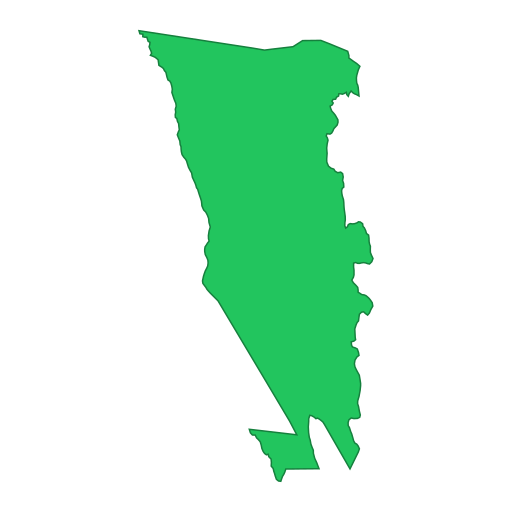 Barra do Mendes, Bahia, Brazil (Equal Earth projection)
{"feature_id": "56859067B29709339378771", "entity_name": "Barra do Mendes", "entity_type": "district", "adm_level": 2, "iso_a3": "BRA", "parent_name": "Brazil", "parent_adm1": "Bahia", "projection": "equal_earth", "projection_center": [-42.089, -12.012], "detail": "fine", "context": "isolated", "style": "filled", "palette": "green", "viewbox_px": 512, "rotation_deg": 0, "n_neighbors": 0, "source": "geoboundaries", "source_scale": "gbopen_adm2", "svg_char_len": 4500}
<svg xmlns="http://www.w3.org/2000/svg" viewBox="0 0 512 512"><path d="M359.0,96.0L358.2,87.4L357.7,85.1L356.8,83.3L356.5,80.7L356.4,77.8L356.8,75.2L358.3,69.9L359.9,66.3L356.7,63.5L353.7,61.5L348.9,58.0L348.9,55.5L347.7,51.3L329.5,43.8L320.8,40.4L302.6,40.6L293.0,46.7L271.6,49.2L264.5,50.1L252.7,48.1L139.0,30.7L139.9,33.8L142.9,34.2L142.8,36.7L144.7,37.2L146.8,37.2L148.2,41.4L150.0,42.3L149.7,44.7L149.1,46.8L150.0,49.0L151.0,51.1L151.6,53.3L150.4,55.3L153.0,56.3L155.2,57.3L158.1,59.7L158.6,63.2L158.9,65.3L160.4,66.3L161.9,67.2L163.5,68.6L164.4,70.6L165.9,72.3L166.5,74.9L167.0,77.1L168.0,80.0L169.8,81.1L170.9,83.0L171.8,86.2L172.3,89.2L171.9,92.5L172.7,94.9L173.6,97.6L174.5,100.2L175.8,103.2L176.2,106.2L175.3,109.2L175.7,112.1L175.2,114.8L175.4,117.4L176.8,118.5L177.5,121.5L178.6,123.5L178.9,126.7L179.3,129.9L178.4,131.7L177.3,134.8L178.7,138.4L179.8,140.9L180.2,144.7L181.0,146.6L181.1,149.2L181.4,151.8L182.1,154.7L183.8,157.2L185.4,159.0L186.5,160.8L187.5,164.1L188.5,167.3L190.1,170.4L191.6,172.9L192.4,177.3L193.6,179.9L195.0,182.9L195.9,185.3L196.5,187.7L197.7,189.3L198.3,191.4L199.3,194.6L200.6,198.4L201.4,201.0L201.7,203.4L201.9,205.8L202.8,208.0L203.7,210.0L205.8,212.1L207.5,215.4L208.6,218.4L209.0,222.5L209.6,224.6L210.3,227.0L209.1,230.9L208.4,235.5L208.5,238.8L209.1,241.1L207.5,243.1L206.3,245.1L205.1,246.8L204.7,249.2L204.7,251.4L205.3,254.6L206.9,257.7L207.9,260.2L208.1,263.0L207.7,266.0L206.7,268.2L205.3,270.9L204.3,273.7L203.5,276.2L202.5,280.9L202.9,283.4L204.5,285.6L205.9,287.4L206.9,289.2L208.4,291.0L210.3,293.1L218.0,300.8L245.8,347.5L263.4,377.0L289.6,421.1L296.8,434.8L249.3,429.3L250.4,432.8L252.4,435.0L255.2,435.1L256.6,437.9L258.1,439.3L260.2,441.7L261.2,445.0L261.9,448.5L263.1,451.3L264.6,453.5L266.4,454.8L268.1,454.2L268.8,456.7L271.1,459.1L271.4,462.6L271.2,466.1L273.2,468.5L273.8,471.3L274.5,473.3L275.2,475.8L276.4,479.3L278.5,481.0L280.8,481.3L281.7,478.6L282.5,476.4L283.8,474.3L284.8,472.1L285.8,469.0L291.2,469.0L297.9,468.9L319.0,468.7L317.8,465.6L316.8,462.9L314.7,458.3L313.4,453.4L313.3,450.2L312.2,447.6L310.9,444.1L310.2,440.1L309.3,437.4L308.6,432.6L308.3,426.8L308.5,424.3L308.7,421.3L308.7,418.8L309.8,415.3L311.9,415.8L314.4,417.3L315.9,418.7L317.5,418.1L319.3,419.1L320.9,420.3L322.9,422.0L324.6,424.7L338.5,448.9L350.0,468.9L358.3,452.0L359.4,448.8L358.1,445.9L356.7,444.1L355.0,443.2L353.7,441.0L352.9,438.1L351.7,433.9L350.8,431.9L349.4,427.5L348.2,425.6L348.1,422.6L348.9,419.8L351.2,418.0L353.9,418.6L357.5,418.4L359.7,417.3L360.3,415.0L359.4,411.3L358.5,406.4L357.6,403.7L357.7,400.9L358.3,398.8L359.0,396.5L360.1,390.5L360.6,385.8L360.6,383.3L360.1,380.0L359.3,375.2L357.2,371.4L355.9,368.9L354.9,366.7L354.4,363.7L355.0,360.1L356.9,357.0L359.0,355.4L358.5,352.5L357.3,349.0L355.3,347.9L352.5,347.0L351.6,345.3L351.2,341.9L353.9,341.1L355.6,339.7L355.2,337.4L354.8,328.9L356.1,324.8L357.1,322.5L358.5,320.9L358.9,317.6L359.4,314.2L361.5,312.2L363.6,311.8L365.5,313.6L367.6,315.1L369.4,313.0L370.8,309.7L372.8,306.1L372.2,302.7L370.6,300.3L369.1,298.4L367.5,296.9L365.9,295.6L364.1,294.9L361.8,294.6L360.2,293.5L358.1,292.2L358.1,290.0L357.7,287.4L355.9,285.3L353.3,282.7L351.8,280.1L353.4,277.3L354.0,274.9L354.0,272.5L354.0,270.3L353.6,267.1L353.6,263.1L355.7,262.5L357.5,263.3L359.4,263.4L361.4,262.9L363.6,262.6L365.6,262.9L367.5,263.6L369.5,264.0L371.8,261.7L373.0,258.5L371.5,255.3L370.4,252.5L370.3,249.4L370.4,246.2L369.6,244.2L369.1,241.6L369.0,238.1L368.6,235.1L366.5,233.5L365.6,230.5L364.3,227.8L363.0,226.4L362.6,223.7L360.3,222.0L358.5,221.8L356.9,222.9L354.5,223.7L352.6,223.9L350.2,223.6L348.3,224.6L347.5,226.7L345.7,228.1L344.8,225.8L344.9,222.6L345.3,219.9L345.2,216.4L344.7,212.6L344.4,210.5L344.1,208.1L343.9,205.0L343.8,202.6L343.5,199.7L342.3,195.9L341.8,193.2L341.6,190.7L342.2,188.4L343.8,187.1L343.6,183.4L342.6,180.5L343.2,177.0L342.6,173.6L340.7,172.1L337.7,172.7L335.2,171.3L333.8,169.1L331.1,168.2L328.5,166.2L326.8,162.1L326.7,159.0L326.9,156.2L327.1,153.3L326.9,151.0L326.7,148.0L327.2,143.8L328.0,140.2L327.3,137.8L326.2,136.0L327.0,133.7L330.0,134.1L331.6,133.1L332.7,131.3L333.9,128.6L335.5,126.9L337.2,125.0L338.0,122.2L337.9,119.8L336.6,117.5L335.3,115.2L333.8,113.3L331.8,111.1L330.6,108.2L330.1,106.1L332.3,104.8L333.2,103.0L331.9,101.3L333.1,99.4L335.6,99.2L336.5,97.2L338.6,96.0L338.8,93.8L340.6,93.8L342.4,94.2L344.0,93.6L346.3,92.3L346.7,94.5L348.3,96.3L349.2,93.6L351.1,91.0L352.9,92.8L354.5,93.8L356.3,94.5L359.0,96.0Z" fill="#22c55e" stroke="#15803d" stroke-width="1.5"/></svg>